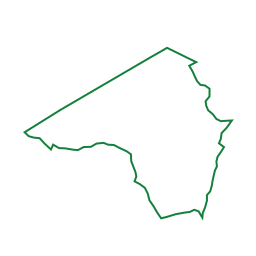 Jundiá, Alagoas, Brazil, rotated 188°
{"feature_id": "56859067B87554604652350", "entity_name": "Jundiá", "entity_type": "district", "adm_level": 2, "iso_a3": "BRA", "parent_name": "Brazil", "parent_adm1": "Alagoas", "projection": "orthographic", "projection_center": [-35.546, -8.962], "detail": "fine", "context": "isolated", "style": "outline", "palette": "green", "viewbox_px": 256, "rotation_deg": 188, "n_neighbors": 0, "source": "geoboundaries", "source_scale": "gbopen_adm2", "svg_char_len": 1009}
<svg xmlns="http://www.w3.org/2000/svg" viewBox="0 0 256 256"><g transform="rotate(188 128 128)"><path d="M41.9,49.6L42.1,54.4L40.6,60.1L39.7,67.0L40.5,72.5L37.8,76.7L37.0,82.3L36.9,87.5L36.5,92.7L36.0,98.0L34.6,102.3L35.8,107.3L35.3,112.0L32.4,117.7L30.3,122.5L35.8,125.5L34.6,130.1L34.6,136.0L30.6,141.5L26.2,149.9L32.2,148.7L37.0,147.7L41.7,149.2L45.6,153.2L51.1,156.7L53.6,160.9L54.9,165.3L51.7,170.5L52.7,178.2L57.6,180.8L62.3,180.8L66.0,183.9L69.0,188.3L71.7,192.7L76.0,198.2L69.6,202.7L100.5,212.8L115.3,201.3L197.1,136.8L229.8,109.4L225.2,106.1L220.1,105.4L214.1,105.6L208.2,100.8L201.3,96.0L199.8,101.1L193.5,98.5L187.5,99.1L180.0,98.9L174.6,99.1L169.2,103.0L162.1,104.2L157.0,108.2L150.1,109.9L145.4,108.7L139.7,109.2L133.4,107.0L126.1,104.8L121.4,102.3L120.2,95.6L114.5,85.4L113.0,81.1L114.1,76.1L108.5,74.1L103.0,71.1L99.3,65.8L96.7,59.4L91.5,53.7L87.2,48.2L82.6,43.2L77.1,45.4L68.9,49.2L60.6,52.0L55.3,53.4L51.0,56.2L46.5,55.3L41.9,49.6Z" fill="none" stroke="#15803d" stroke-width="2"/></g></svg>